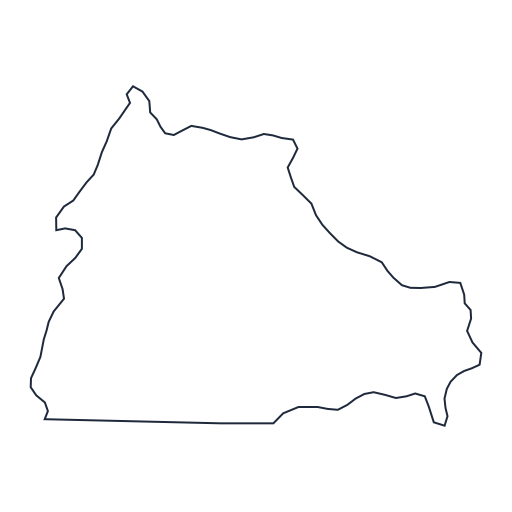 the district of São João do Manteninha, Minas Gerais, Brazil
{"feature_id": "56859067B59814969540954", "entity_name": "São João do Manteninha", "entity_type": "district", "adm_level": 2, "iso_a3": "BRA", "parent_name": "Brazil", "parent_adm1": "Minas Gerais", "projection": "orthographic", "projection_center": [-41.155, -18.739], "detail": "fine", "context": "isolated", "style": "outline", "palette": "slate", "viewbox_px": 512, "rotation_deg": 0, "n_neighbors": 0, "source": "geoboundaries", "source_scale": "gbopen_adm2", "svg_char_len": 1498}
<svg xmlns="http://www.w3.org/2000/svg" viewBox="0 0 512 512"><path d="M44.7,419.2L219.5,423.3L244.3,423.3L273.4,423.3L283.2,413.3L298.5,407.0L309.5,407.0L317.7,407.0L327.5,408.9L337.8,409.8L347.3,404.9L355.6,398.6L364.3,394.0L373.6,392.2L385.2,394.9L395.9,398.0L406.5,396.3L415.2,393.5L424.8,396.3L428.8,406.7L433.8,422.3L444.6,425.7L447.5,416.2L445.5,407.9L444.5,398.6L446.8,388.9L450.6,381.7L457.0,375.0L464.1,371.0L472.0,368.2L479.6,364.7L481.3,352.9L472.5,342.5L467.1,330.9L471.1,318.6L470.6,310.0L464.7,303.3L464.2,294.7L460.3,282.9L449.4,282.0L434.9,286.9L420.7,288.0L410.4,287.8L401.9,285.2L393.3,277.6L387.4,270.8L381.8,262.3L369.9,256.3L357.0,252.3L346.8,247.7L338.3,241.6L329.7,232.9L322.3,224.7L316.0,215.2L311.4,203.6L302.7,195.0L294.2,186.9L290.7,176.9L287.7,167.5L293.0,157.9L297.5,148.6L293.0,139.6L281.7,138.0L272.9,135.4L263.9,134.0L253.7,137.3L241.6,139.4L230.1,137.1L219.9,133.6L210.8,130.1L202.5,127.8L191.3,125.9L182.3,130.5L173.8,135.0L165.2,133.3L160.5,126.8L156.7,119.2L150.2,112.5L149.3,101.1L142.5,91.6L133.0,86.3L126.7,94.3L130.0,102.9L125.0,110.1L119.4,118.3L111.2,128.5L106.7,141.4L101.9,152.1L97.7,165.1L93.7,174.6L86.6,182.3L79.2,192.2L73.3,200.5L63.9,206.6L56.1,217.5L56.3,230.2L65.1,228.4L75.1,230.2L81.9,237.9L81.9,248.8L75.4,257.8L66.5,266.2L58.8,278.0L62.6,289.2L64.0,298.7L53.7,311.4L48.7,321.8L46.5,330.7L43.8,339.3L40.4,356.9L35.4,368.7L31.0,378.2L30.7,387.2L36.2,395.3L44.9,402.5L47.9,411.1L44.7,419.2Z" fill="none" stroke="#1e293b" stroke-width="2"/></svg>